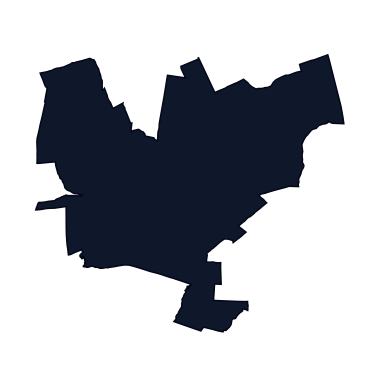 Bira, Neamt, Romania (Mercator projection), rotated 175°
{"feature_id": "2599482B54289612077221", "entity_name": "Bira", "entity_type": "district", "adm_level": 2, "iso_a3": "ROU", "parent_name": "Romania", "parent_adm1": "Neamt", "projection": "mercator", "projection_center": [27.049, 47.027], "detail": "fine", "context": "isolated", "style": "filled", "palette": "ink", "viewbox_px": 384, "rotation_deg": 175, "n_neighbors": 0, "source": "geoboundaries", "source_scale": "gbopen_adm2", "svg_char_len": 5966}
<svg xmlns="http://www.w3.org/2000/svg" viewBox="0 0 384 384"><g transform="rotate(175 192 192)"><path d="M332.9,323.7L332.1,320.8L331.8,320.2L330.7,316.5L329.1,310.7L328.7,309.9L327.2,308.0L330.9,294.7L330.1,294.5L330.4,293.4L331.0,291.9L332.1,288.4L334.5,280.7L337.5,271.8L338.7,267.6L341.7,258.5L342.2,255.2L342.6,246.9L343.1,242.1L343.2,240.2L343.9,234.1L341.9,233.9L329.1,234.0L325.5,233.9L325.4,230.3L323.9,221.7L323.3,221.4L323.2,221.1L322.5,218.6L322.3,217.3L322.2,217.0L321.0,216.2L320.4,215.4L320.3,214.9L320.1,213.8L319.0,211.3L318.8,210.8L318.2,207.3L317.3,206.0L315.9,204.6L313.6,203.6L309.8,200.8L309.2,200.6L305.4,199.9L304.0,199.2L301.7,198.4L302.2,198.0L303.8,197.8L306.4,198.2L309.8,198.5L311.8,198.9L315.1,199.1L316.8,199.5L317.8,199.9L318.2,199.9L319.2,199.2L320.3,199.2L321.2,198.5L321.9,198.7L323.4,197.9L327.8,196.6L329.4,195.5L330.1,195.3L336.1,195.2L339.6,194.8L344.2,194.8L345.1,195.0L345.9,194.6L346.7,193.5L347.4,191.7L348.5,189.6L349.2,187.8L347.5,187.7L343.2,187.8L339.0,188.2L335.9,188.2L329.8,187.9L319.1,188.5L318.7,188.1L320.4,167.2L320.9,159.0L321.0,150.5L320.7,145.7L320.6,140.1L319.1,140.2L317.6,140.6L313.2,142.3L307.2,144.0L306.7,144.4L306.2,141.1L307.0,140.7L309.0,139.0L309.2,138.4L309.1,137.4L308.9,137.1L307.9,135.9L307.4,135.1L306.7,135.5L306.6,135.9L306.6,136.3L307.2,136.8L307.3,137.0L306.4,137.1L305.7,137.4L305.2,137.1L305.1,136.8L305.6,135.9L305.6,135.6L305.4,135.4L305.0,135.5L304.7,135.3L304.6,134.8L304.9,133.8L304.9,133.3L304.8,133.1L304.1,132.9L303.9,132.4L304.8,131.5L304.2,131.2L304.1,130.8L304.9,130.6L305.1,130.4L304.7,129.0L304.9,128.8L305.6,128.7L305.6,128.3L305.7,128.2L306.5,127.9L306.8,127.4L306.8,127.2L306.6,127.1L303.7,126.4L303.1,126.1L300.8,126.3L299.1,126.9L298.0,126.8L295.9,126.1L294.9,125.4L292.7,125.3L290.5,124.1L289.1,123.9L287.1,123.9L284.4,124.2L283.0,123.9L282.3,123.9L281.0,124.1L276.2,124.4L271.3,124.9L266.3,125.2L264.2,125.1L261.3,124.7L257.4,123.4L252.0,121.3L240.6,116.5L232.7,113.7L221.0,108.7L217.9,107.6L215.6,106.5L201.0,100.2L201.2,99.3L201.6,99.0L201.8,98.9L202.6,99.1L203.0,98.7L203.1,98.3L203.6,98.3L203.9,97.9L204.1,97.8L204.3,97.8L204.5,98.4L204.7,98.5L205.1,98.2L205.1,97.7L204.7,97.5L203.7,97.7L203.3,97.6L203.2,97.3L203.4,97.1L204.0,97.1L204.0,96.9L203.7,96.3L203.7,96.0L204.0,96.0L204.6,96.5L204.8,95.8L205.0,95.7L205.7,96.4L205.9,96.0L206.1,96.0L206.3,95.7L206.0,95.0L207.3,94.8L207.5,94.3L207.4,94.0L206.9,93.4L206.9,92.4L208.0,91.3L208.9,90.2L209.6,88.4L211.3,85.9L211.2,84.4L211.3,83.5L211.7,82.5L211.9,81.7L212.2,78.8L212.6,78.1L214.3,75.8L215.7,73.7L216.6,71.7L217.8,70.9L218.6,69.7L218.9,68.7L218.9,67.5L219.0,66.7L219.2,66.4L220.2,65.7L221.3,64.5L195.3,52.8L192.7,55.9L191.5,56.1L183.4,53.4L177.9,51.3L173.3,50.0L172.3,51.5L171.9,51.5L171.1,51.2L170.0,51.3L166.5,54.2L164.9,56.1L164.3,57.6L163.7,60.1L163.3,61.1L162.6,62.0L160.3,62.1L159.5,62.5L157.8,64.9L156.5,66.1L154.6,67.6L152.8,68.6L152.0,69.2L151.8,70.0L151.7,71.1L150.9,71.0L149.1,70.4L146.8,69.1L146.7,69.4L146.6,70.9L146.1,74.1L146.3,76.3L146.2,78.1L148.7,78.2L156.1,79.0L180.0,82.1L177.5,98.4L171.0,97.5L170.1,114.5L169.6,119.1L172.2,119.1L175.3,119.8L176.9,120.4L181.0,120.6L183.7,120.9L183.4,123.2L182.3,128.0L182.7,128.6L182.6,129.6L182.3,129.9L178.8,132.2L177.5,133.4L176.1,134.0L168.6,139.6L166.9,140.5L166.1,141.3L165.7,141.6L165.0,141.6L164.3,142.2L163.7,142.3L162.4,142.3L160.0,141.9L156.6,140.5L155.8,140.4L155.6,139.9L155.4,138.0L151.0,140.9L150.6,141.2L149.0,142.1L146.3,143.9L144.7,145.2L141.7,147.3L147.6,152.8L148.7,153.7L147.0,155.2L143.6,157.6L142.2,158.3L141.1,159.3L140.7,159.8L138.4,161.6L137.8,161.9L136.2,162.4L132.2,165.1L130.7,166.5L124.9,170.2L124.7,170.5L123.3,171.5L122.6,171.9L118.6,174.7L120.3,176.7L120.8,177.5L122.0,178.9L123.4,180.0L125.9,182.8L125.9,183.0L124.3,183.3L123.7,183.6L123.2,184.0L120.0,184.3L114.3,185.6L108.2,186.8L99.4,188.3L95.5,189.1L95.2,189.3L85.4,188.1L85.5,189.0L85.5,190.1L85.4,190.9L84.7,192.2L84.7,194.9L84.6,195.8L84.3,196.4L82.1,200.3L81.3,202.7L80.4,204.6L79.2,206.1L78.4,207.7L78.3,208.8L78.4,209.4L79.5,211.8L79.5,212.5L79.1,214.4L79.2,218.3L79.0,219.7L78.2,222.7L78.5,228.8L78.3,229.7L77.8,231.0L76.4,233.6L74.1,237.0L71.9,238.9L69.1,241.8L67.3,243.4L66.0,244.0L62.7,244.6L60.4,246.7L59.5,247.3L58.0,247.6L56.2,248.2L53.5,248.3L52.2,248.6L50.4,249.4L50.1,250.3L50.0,250.9L48.2,249.3L46.7,248.5L45.0,248.1L34.8,246.8L35.1,252.8L36.1,264.1L43.8,311.6L44.8,316.8L58.9,313.0L61.6,312.7L73.7,309.7L72.5,302.8L77.4,302.2L86.0,299.9L88.3,300.2L92.2,299.0L96.3,297.4L98.8,296.3L101.4,294.2L103.7,291.0L105.2,290.3L107.3,289.6L110.6,289.6L111.9,289.2L112.6,289.1L116.2,289.2L117.0,289.4L119.3,289.0L123.1,291.5L125.5,293.8L126.8,295.9L130.8,299.8L138.0,296.9L141.4,295.9L142.0,295.6L147.4,293.8L150.6,292.2L151.4,292.1L152.5,291.6L153.7,291.4L160.6,289.1L174.0,325.7L174.2,323.8L192.1,318.1L192.0,315.8L188.5,306.2L195.2,307.8L206.2,310.4L206.5,309.4L211.3,290.3L212.0,287.7L218.6,263.2L219.3,258.1L220.6,254.8L221.9,246.1L222.4,246.2L224.6,247.6L224.9,248.2L225.1,249.0L225.4,249.3L234.0,251.9L233.8,253.2L233.9,253.9L234.8,254.9L234.9,255.5L235.3,256.0L236.8,256.7L237.7,257.3L239.0,258.6L239.7,259.0L240.6,259.0L243.3,258.5L245.2,258.4L246.0,257.8L246.9,256.9L247.3,257.6L247.1,260.3L245.9,266.0L247.1,266.0L247.6,267.0L250.7,277.4L252.0,281.0L251.7,281.0L251.5,281.4L252.1,282.2L252.6,283.7L253.2,284.9L253.3,285.7L253.0,286.6L263.5,282.1L265.2,287.3L265.4,288.1L266.5,289.8L267.8,293.1L268.3,296.6L268.9,298.2L269.2,299.7L270.2,303.0L271.9,301.0L272.5,301.2L272.2,306.5L271.8,309.3L271.8,310.6L272.1,311.6L272.6,312.6L273.0,316.6L273.9,319.8L274.2,321.7L274.2,322.5L274.5,322.9L276.1,326.4L276.9,329.0L277.0,329.9L277.9,331.6L278.2,332.2L279.7,332.6L282.1,334.0L290.1,332.4L296.1,331.5L298.2,330.9L300.1,331.2L300.6,330.9L301.4,330.3L309.4,327.6L311.5,327.5L312.9,327.0L313.8,327.2L316.1,327.0L317.6,326.7L319.7,326.0L321.1,325.3L323.7,325.0L324.6,324.7L326.9,324.3L332.9,323.7Z" fill="#0f172a" stroke="#020617" stroke-width="1.5"/></g></svg>